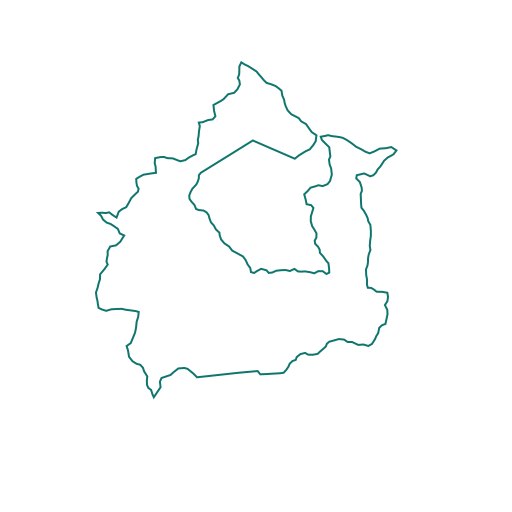 Monte Aprazível, São Paulo, Brazil (Albers equal-area conic projection), rotated 133°
{"feature_id": "56859067B72421879986943", "entity_name": "Monte Aprazível", "entity_type": "district", "adm_level": 2, "iso_a3": "BRA", "parent_name": "Brazil", "parent_adm1": "São Paulo", "projection": "albers", "projection_center": [-49.795, -20.728], "detail": "fine", "context": "isolated", "style": "outline", "palette": "teal", "viewbox_px": 512, "rotation_deg": 133, "n_neighbors": 0, "source": "geoboundaries", "source_scale": "gbopen_adm2", "svg_char_len": 4429}
<svg xmlns="http://www.w3.org/2000/svg" viewBox="0 0 512 512"><g transform="rotate(133 256 256)"><path d="M429.0,234.4L417.1,236.3L413.4,240.6L409.6,241.9L401.4,237.4L396.9,237.0L391.2,236.1L386.7,232.0L385.2,229.0L384.7,222.0L384.9,216.4L352.7,188.6L339.0,176.3L339.6,172.2L335.9,168.5L330.1,163.0L325.3,158.4L322.6,156.2L318.8,156.2L314.8,156.8L311.8,157.9L308.0,157.7L304.9,156.1L302.1,157.3L297.4,156.6L293.4,154.0L292.6,150.6L289.6,147.2L285.6,144.2L282.4,144.0L278.2,143.5L274.6,143.2L271.9,144.3L268.8,144.0L264.6,141.4L260.3,138.8L257.1,134.7L256.4,130.3L253.3,127.0L252.3,123.7L251.3,120.6L247.5,117.1L245.2,112.5L241.2,111.2L235.5,112.3L232.6,113.4L229.2,114.0L224.4,116.9L220.6,116.6L217.4,115.0L212.7,117.8L208.9,120.1L205.9,123.2L203.9,128.3L199.4,129.1L195.7,131.7L193.3,134.9L196.2,139.3L199.9,143.5L200.1,146.9L200.8,150.0L203.0,152.6L201.2,155.4L197.6,158.6L194.7,162.5L190.8,166.4L186.7,168.1L184.0,170.0L181.0,172.7L177.8,174.7L173.6,176.4L171.0,179.7L166.9,183.0L163.1,185.6L159.3,189.1L155.3,193.5L154.0,197.6L152.1,200.3L150.7,203.7L149.3,208.3L148.8,211.8L146.0,214.9L143.3,217.6L139.2,221.8L136.1,223.0L133.9,225.4L131.1,230.5L130.9,235.6L128.2,237.4L121.9,233.2L120.8,230.0L119.8,226.8L117.0,225.3L113.5,225.1L109.5,226.1L105.7,226.1L98.9,227.3L94.0,226.8L91.1,225.8L87.8,224.8L83.0,225.3L84.1,231.4L88.3,234.3L93.2,238.8L98.7,240.7L103.4,242.9L105.1,247.1L106.3,252.3L107.8,257.1L108.3,262.8L109.2,268.6L110.4,273.1L112.0,275.9L114.0,278.8L116.4,282.0L118.5,285.7L121.0,287.3L124.6,290.0L126.2,286.9L126.4,281.5L126.5,276.6L129.4,273.2L132.5,269.5L135.7,268.4L138.9,264.5L140.7,260.8L144.7,256.1L150.7,253.0L154.7,252.7L159.4,254.9L161.7,258.6L165.4,260.6L168.8,262.7L173.4,262.5L178.0,262.8L180.9,258.1L183.6,254.3L181.2,250.3L181.7,246.8L185.3,245.0L189.6,242.9L193.2,239.7L195.9,235.2L196.9,231.3L198.2,227.2L201.4,224.4L204.8,223.5L206.7,221.1L206.9,216.9L208.0,213.7L210.1,211.4L210.5,206.4L211.6,201.4L211.9,198.1L215.1,194.2L218.2,191.1L221.1,192.2L221.6,196.8L224.6,200.1L228.9,201.6L231.0,205.5L233.8,209.6L236.6,212.3L238.7,214.8L239.2,219.1L243.9,221.0L246.0,224.7L249.2,227.9L252.9,231.1L257.1,232.9L259.7,235.2L259.3,238.6L261.9,243.5L266.3,245.0L269.7,245.8L271.2,248.7L268.7,252.0L267.9,256.3L266.1,260.6L265.2,265.2L266.9,271.8L268.3,277.1L267.4,282.1L268.3,287.6L267.7,292.8L265.8,296.4L263.9,298.7L263.9,303.5L262.4,307.8L262.1,311.9L260.2,315.7L258.4,318.6L257.8,322.0L258.6,325.5L261.3,329.0L262.5,331.8L260.6,336.0L260.3,340.2L259.6,343.5L257.4,346.0L254.0,347.4L250.2,348.4L244.6,348.4L241.3,349.3L238.2,350.8L235.8,352.9L232.7,353.1L197.4,343.5L173.7,337.1L158.4,294.0L153.2,293.2L145.4,291.1L141.4,289.4L135.6,289.8L131.4,290.6L126.5,294.1L127.4,299.8L126.4,304.8L125.4,309.3L126.7,314.9L126.0,318.8L126.9,322.0L128.3,326.9L127.9,332.2L126.2,336.4L124.4,339.6L122.4,342.3L120.8,346.1L117.7,350.1L117.9,353.5L118.3,357.6L120.2,362.3L122.2,366.4L122.1,369.9L121.7,373.2L121.2,377.9L120.7,381.5L121.6,386.6L122.5,391.3L123.6,394.7L124.4,398.8L128.8,397.4L131.5,394.9L134.6,392.2L138.2,390.7L139.1,387.8L141.5,384.8L146.7,383.3L151.6,383.3L156.7,386.7L163.5,386.7L166.8,387.5L170.4,388.7L174.6,390.1L178.4,385.7L181.5,381.0L185.7,380.9L189.3,383.8L194.4,386.2L197.4,388.8L199.3,385.7L203.6,382.8L207.4,379.8L210.7,377.8L212.9,375.2L215.5,373.8L218.4,372.3L222.7,369.6L225.5,370.8L230.0,372.3L234.1,373.1L238.4,376.0L241.4,383.5L244.9,387.6L246.3,390.8L249.0,393.5L253.2,396.5L257.1,393.5L259.1,390.4L263.4,385.9L266.4,388.4L273.2,393.7L277.1,395.1L281.3,396.2L283.7,393.7L285.8,391.0L286.9,387.7L289.5,386.2L293.4,386.5L298.7,386.7L304.4,385.2L308.8,384.2L313.0,385.9L317.2,386.6L323.0,384.2L323.8,388.6L324.2,393.2L327.0,395.1L329.6,398.4L332.2,400.8L332.2,396.9L333.7,392.6L333.4,387.9L331.8,384.4L331.1,380.6L330.4,375.5L332.4,371.1L330.9,366.4L338.2,365.0L343.6,365.6L348.5,369.1L353.7,367.8L356.6,365.0L359.4,363.4L362.1,361.5L363.4,358.6L368.9,357.9L375.8,357.5L379.5,354.2L383.4,352.4L387.2,350.2L391.9,348.1L395.0,344.3L396.7,341.7L398.7,339.2L401.3,335.8L400.3,332.5L398.3,328.2L393.7,325.5L389.7,321.7L386.2,318.1L384.0,314.4L381.2,310.5L378.3,306.4L376.9,303.6L380.8,300.7L385.4,298.5L390.3,294.8L394.5,292.2L400.3,290.0L405.1,288.2L410.1,289.2L412.3,285.3L416.3,280.1L417.2,274.6L416.3,269.9L414.5,266.5L414.8,262.6L416.7,259.1L418.2,253.4L421.5,250.9L424.6,247.8L425.9,244.8L425.5,241.4L427.7,237.5L429.0,234.4Z" fill="none" stroke="#0f766e" stroke-width="2"/></g></svg>